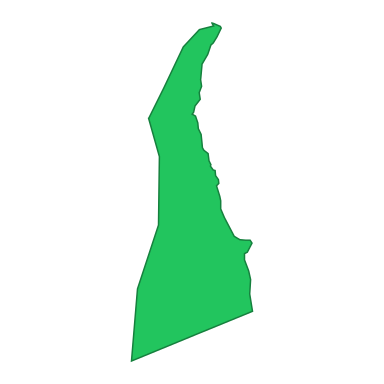 Ti Delcer, Soufrière, Saint Lucia
{"feature_id": "8701671B68975897642122", "entity_name": "Ti Delcer", "entity_type": "district", "adm_level": 2, "iso_a3": "LCA", "parent_name": "Saint Lucia", "parent_adm1": "Soufrière", "projection": "albers", "projection_center": [-61.052, 13.833], "detail": "fine", "context": "isolated", "style": "filled", "palette": "green", "viewbox_px": 384, "rotation_deg": 0, "n_neighbors": 0, "source": "geoboundaries", "source_scale": "gbopen_adm2", "svg_char_len": 983}
<svg xmlns="http://www.w3.org/2000/svg" viewBox="0 0 384 384"><path d="M148.6,118.3L159.4,156.6L158.5,225.1L137.5,288.9L131.5,361.0L196.1,334.4L252.0,311.5L252.5,311.3L249.7,294.0L250.6,279.6L248.7,271.0L244.5,259.9L244.5,253.6L247.3,252.2L252.0,243.1L250.1,240.2L245.5,240.2L239.9,239.7L237.8,238.5L234.2,236.3L224.4,217.6L220.7,208.9L220.7,200.8L219.8,196.4L216.5,185.8L218.8,183.4L218.4,179.6L215.6,175.7L215.1,170.5L213.2,170.0L210.4,166.1L210.9,164.7L209.0,160.8L208.1,153.6L203.9,150.3L202.5,147.9L202.4,147.4L202.0,143.1L201.1,134.4L198.3,128.6L197.8,122.9L195.5,116.1L192.2,114.2L193.6,112.3L195.0,106.0L200.2,99.3L199.2,92.6L201.6,86.3L200.6,79.6L200.8,77.9L201.9,65.9L202.0,64.2L207.6,54.6L207.9,53.9L210.9,45.0L211.4,44.6L213.2,43.0L215.1,39.9L217.0,36.8L221.2,28.1L220.7,27.1L220.3,26.4L213.9,23.6L213.6,23.5L212.0,23.0L212.0,23.3L213.6,26.0L199.4,29.6L183.3,46.9L164.0,87.6L150.2,115.4L148.8,118.2L148.6,118.3Z" fill="#22c55e" stroke="#15803d" stroke-width="1.5"/></svg>